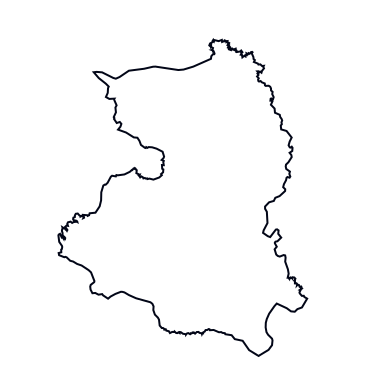 Mueang Kalasin, Kalasin, Thailand, rotated 187°
{"feature_id": "78962969B94633890836153", "entity_name": "Mueang Kalasin", "entity_type": "district", "adm_level": 2, "iso_a3": "THA", "parent_name": "Thailand", "parent_adm1": "Kalasin", "projection": "orthographic", "projection_center": [103.542, 16.504], "detail": "fine", "context": "isolated", "style": "outline", "palette": "ink", "viewbox_px": 384, "rotation_deg": 187, "n_neighbors": 0, "source": "geoboundaries", "source_scale": "gbopen_adm2", "svg_char_len": 5994}
<svg xmlns="http://www.w3.org/2000/svg" viewBox="0 0 384 384"><g transform="rotate(187 192 192)"><path d="M315.3,133.8L314.2,132.2L313.4,132.1L312.2,130.8L312.3,130.0L313.7,130.9L313.7,129.9L314.7,131.1L315.6,130.8L317.9,134.4L319.1,133.5L319.3,132.6L317.7,126.3L314.5,122.7L314.1,121.6L314.2,119.6L314.8,118.9L314.4,116.2L316.9,115.2L316.2,113.1L310.8,111.7L309.9,112.2L308.5,111.9L304.5,108.9L301.5,108.5L297.3,106.6L292.6,105.6L285.0,101.8L282.4,99.9L278.0,91.7L278.1,90.6L281.2,87.5L281.5,85.7L280.8,82.8L278.5,79.4L275.7,80.0L272.3,78.7L268.7,79.7L267.7,78.6L262.3,75.9L260.1,78.3L255.6,81.5L250.4,84.3L248.8,84.4L246.8,84.1L242.0,82.0L234.5,79.7L219.8,77.5L217.7,76.2L216.2,73.8L216.0,70.1L213.9,65.8L210.5,63.1L209.2,61.3L207.8,55.5L205.4,53.3L204.3,53.5L203.1,52.9L202.7,52.0L201.4,52.6L200.6,51.3L198.0,51.0L196.7,49.3L194.6,50.7L192.4,50.9L192.3,51.4L190.5,50.1L189.2,50.2L188.4,51.1L187.0,50.4L187.0,51.5L186.0,51.5L183.7,50.2L180.7,50.1L180.6,49.7L180.0,50.8L178.6,51.5L176.7,50.7L176.3,51.4L175.9,51.1L175.3,51.8L173.2,52.3L173.6,52.8L173.1,52.9L171.7,51.8L170.2,53.6L168.4,53.9L167.5,53.1L165.1,52.9L164.8,52.2L164.5,53.2L163.7,53.1L163.7,54.1L162.4,55.0L161.7,56.6L160.1,56.9L158.7,58.0L157.9,57.9L157.4,57.0L153.7,57.7L148.2,56.1L145.8,56.5L144.7,55.9L142.2,55.9L141.6,54.9L135.2,54.7L131.6,51.2L123.6,50.5L116.0,42.0L106.0,37.4L96.8,44.6L93.9,49.7L94.0,54.5L94.7,56.2L99.1,59.6L101.0,62.0L102.4,66.6L102.8,71.2L102.3,75.0L100.6,80.6L96.3,88.7L94.3,91.6L83.8,88.2L79.2,85.6L75.4,85.7L73.1,88.6L68.8,90.8L64.7,100.2L67.7,101.5L68.4,102.6L70.3,102.3L72.7,104.5L73.1,105.5L72.3,107.7L73.1,107.9L71.2,109.5L72.0,109.9L71.6,110.7L72.1,111.5L73.6,111.0L74.5,112.7L75.8,112.9L76.4,112.1L76.3,113.4L77.1,114.1L78.4,114.4L78.1,113.8L78.7,113.8L79.0,116.6L79.7,116.7L78.8,118.5L80.0,119.6L81.6,119.6L81.8,118.7L82.2,119.3L82.9,118.7L83.5,119.1L83.8,118.4L85.2,118.8L85.1,117.9L85.9,118.7L86.6,118.6L86.1,122.7L87.4,127.0L91.0,134.2L91.1,138.2L91.8,140.4L93.3,140.6L97.0,138.6L99.1,139.0L100.8,140.2L103.0,145.2L101.2,148.0L103.5,151.2L103.6,152.0L103.0,152.9L101.2,153.5L97.9,157.6L101.3,161.0L101.4,164.4L103.0,165.3L104.2,164.9L108.9,156.8L111.4,157.4L116.5,160.1L116.2,162.7L113.3,170.4L115.3,181.5L117.4,184.2L117.7,186.5L114.2,191.2L109.7,193.1L108.6,196.4L104.6,198.6L99.7,204.3L99.8,206.1L102.1,207.9L101.7,211.0L100.1,215.1L99.9,217.6L99.1,218.5L96.9,218.1L96.3,219.3L97.6,221.8L97.3,224.2L101.3,226.4L102.1,228.8L102.0,230.7L99.9,233.3L97.3,238.8L97.9,240.8L99.9,242.8L97.5,244.9L97.6,248.1L98.5,249.1L99.4,248.1L100.4,248.2L101.8,250.1L101.2,254.0L99.7,258.2L105.6,264.1L111.1,265.0L112.0,268.8L111.1,270.2L111.7,272.1L111.2,273.9L112.0,275.5L113.6,277.2L114.3,279.3L119.3,280.8L120.2,284.9L124.3,288.2L123.2,291.8L123.7,292.3L125.3,292.2L125.3,294.1L124.8,294.5L122.9,293.9L122.5,296.1L124.3,298.9L124.2,301.2L125.9,302.4L126.2,304.4L127.2,306.0L128.8,306.8L131.9,306.3L132.6,306.8L133.0,308.6L136.1,309.4L137.4,310.5L138.9,309.8L139.7,310.3L140.1,311.7L139.6,313.0L141.5,314.6L140.3,316.3L141.5,317.6L140.7,318.8L141.8,319.7L140.9,319.9L139.9,318.8L139.1,319.8L137.6,318.9L137.3,320.7L135.6,323.5L136.5,324.8L136.1,326.0L137.8,325.6L139.7,327.0L141.6,326.6L142.3,327.5L146.4,328.6L145.7,330.6L147.1,331.5L147.5,333.4L149.7,337.1L149.0,338.1L149.4,338.4L150.5,338.0L151.6,336.2L152.7,336.7L153.1,335.7L154.8,336.3L154.3,334.5L155.5,334.4L155.4,333.0L156.8,333.5L158.4,331.8L159.1,334.1L160.3,334.2L159.8,335.3L160.3,336.7L159.4,336.4L159.0,336.9L160.4,338.4L161.2,337.4L164.8,336.3L165.3,336.5L165.1,337.7L166.6,337.9L165.9,338.9L166.1,339.6L168.0,338.5L169.4,339.2L169.9,338.0L170.6,338.2L171.4,339.7L172.7,339.0L171.9,337.9L172.8,338.1L173.4,339.2L172.2,340.7L172.8,341.2L173.6,340.8L173.2,342.0L174.6,342.1L174.3,343.3L173.4,343.6L173.2,344.4L174.9,345.1L175.8,344.9L175.4,346.1L177.7,345.6L177.5,346.3L178.2,346.5L178.7,345.6L180.4,344.6L180.9,346.6L183.9,345.0L188.2,345.5L188.5,344.3L189.4,345.6L190.0,344.3L189.7,343.4L192.2,341.6L192.7,339.6L191.7,338.9L190.9,339.8L190.7,337.7L190.0,338.0L188.7,337.5L189.0,335.6L189.8,335.3L188.1,334.8L188.2,333.8L187.2,333.6L186.5,332.0L186.7,331.5L187.9,331.4L189.4,329.1L189.4,326.5L206.0,316.6L215.3,312.5L220.4,311.4L243.6,312.0L245.9,311.6L254.5,308.5L269.4,304.7L277.9,297.3L281.4,295.2L284.0,295.6L295.8,299.8L301.3,299.6L304.1,298.9L298.4,293.7L290.7,289.0L287.5,286.5L288.0,284.8L287.7,280.1L289.0,275.8L285.4,274.3L280.4,275.2L280.7,274.6L280.1,273.4L277.4,268.8L278.3,266.5L277.2,261.8L278.8,256.8L278.0,255.9L278.3,255.0L275.1,251.3L272.2,252.7L270.4,251.0L271.0,248.1L273.0,244.9L264.7,243.0L256.4,239.1L252.8,239.2L250.3,236.2L248.4,232.5L244.1,230.1L243.3,230.0L242.9,231.0L241.6,230.4L240.5,231.3L237.0,231.5L232.4,230.7L226.1,228.4L224.0,223.7L224.4,222.2L226.0,220.1L223.8,219.4L224.1,218.0L223.3,215.2L225.1,215.1L224.4,211.4L223.2,210.9L223.1,208.0L224.9,206.0L224.0,205.0L226.3,202.4L231.8,199.6L235.8,200.1L237.8,199.4L238.1,200.0L239.7,199.7L240.5,200.2L241.9,199.6L242.5,200.6L244.1,201.3L245.2,200.2L246.1,201.4L246.0,202.1L246.5,201.6L247.2,202.2L247.0,203.1L249.5,203.9L249.5,206.9L251.5,208.1L251.2,208.5L251.7,208.8L252.2,208.0L252.9,208.2L253.9,206.5L254.3,206.6L256.1,204.5L261.2,201.2L267.7,199.5L269.1,199.6L269.5,198.2L273.3,198.4L274.4,197.3L276.9,190.8L278.6,188.7L279.5,188.7L280.8,187.6L282.0,180.7L281.2,172.6L281.9,166.5L285.3,159.7L291.0,158.4L291.3,156.4L292.6,155.6L292.9,156.2L297.7,156.0L297.7,155.2L296.1,154.0L296.0,153.3L296.6,152.9L296.4,153.7L296.9,154.4L298.6,154.7L299.5,154.1L299.5,154.7L300.6,154.8L302.8,156.7L304.7,156.2L305.4,154.5L305.2,152.9L306.6,152.1L306.7,150.5L306.0,149.6L303.6,149.4L303.2,149.0L303.1,148.8L302.7,149.0L302.5,148.8L302.8,148.5L302.4,148.6L302.2,148.2L302.8,148.4L303.7,149.3L307.2,146.7L308.9,147.8L311.4,146.8L311.9,145.3L311.0,143.3L312.4,143.4L313.6,142.0L311.2,139.3L311.8,138.8L311.3,138.6L311.4,138.3L312.3,139.4L316.3,141.2L315.7,139.9L316.3,139.3L316.4,137.5L315.5,135.6L315.3,133.8Z" fill="none" stroke="#020617" stroke-width="2"/></g></svg>